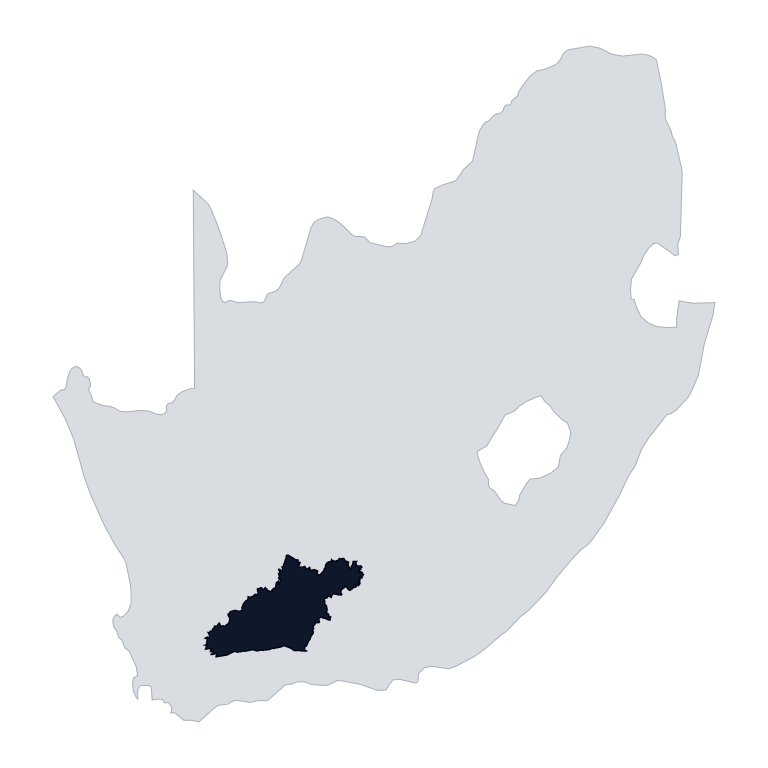 Central Karoo, Western Cape, South Africa shown in context
{"feature_id": "47623444B66747201173997", "entity_name": "Central Karoo", "entity_type": "district", "adm_level": 2, "iso_a3": "ZAF", "parent_name": "South Africa", "parent_adm1": "Western Cape", "projection": "equal_earth", "projection_center": [22.176, -32.556], "detail": "fine", "context": "in_parent", "style": "filled", "palette": "ink", "viewbox_px": 768, "rotation_deg": 0, "n_neighbors": 0, "source": "geoboundaries", "source_scale": "gbopen_adm2", "svg_char_len": 9279}
<svg xmlns="http://www.w3.org/2000/svg" viewBox="0 0 768 768"><path d="M568.1,49.8L590.1,46.1L599.9,48.2L611.6,54.1L622.6,56.1L641.4,54.0L647.8,55.0L652.8,57.0L656.5,60.2L661.3,83.4L665.3,108.4L665.1,116.4L665.6,119.5L670.7,130.0L672.5,136.6L675.5,141.9L681.6,168.4L682.2,173.0L680.4,236.7L677.6,244.4L678.5,254.4L675.3,255.7L657.2,242.9L653.9,243.4L648.6,248.2L643.6,255.6L641.2,262.0L631.5,279.1L630.5,289.9L631.1,299.2L634.2,299.5L636.2,306.2L641.0,316.8L649.3,323.6L657.1,326.7L668.0,327.5L676.7,327.2L676.5,320.1L679.0,300.9L693.4,303.3L714.9,302.6L713.0,315.1L704.4,343.5L698.4,375.3L691.5,391.3L687.7,397.9L676.9,409.5L671.4,413.4L666.8,414.7L648.4,438.3L641.4,449.6L635.1,466.1L629.0,475.1L619.9,494.4L604.2,522.7L591.1,541.3L585.4,546.7L581.6,549.1L571.3,559.9L556.9,577.1L545.8,592.4L529.3,609.7L519.9,617.2L505.7,632.1L501.8,634.3L485.9,648.1L474.5,656.4L456.2,666.1L448.9,668.8L431.8,666.3L424.6,667.7L418.5,673.5L417.8,681.9L415.3,683.1L399.5,679.3L393.0,679.9L389.2,684.4L386.1,690.0L377.0,690.3L361.0,684.5L342.0,680.9L337.7,680.5L328.5,684.9L325.2,685.5L311.9,684.6L304.5,681.8L297.4,681.8L291.9,684.1L285.3,684.9L267.5,700.6L258.3,700.6L250.4,702.4L236.4,700.3L232.2,701.3L228.0,704.1L218.5,705.3L214.8,707.6L198.8,721.9L192.1,720.4L183.8,720.2L174.2,712.6L170.6,713.1L171.5,710.8L171.8,706.8L168.4,702.6L164.6,702.9L162.6,699.4L156.9,699.1L152.2,700.1L151.2,686.9L148.9,685.6L143.2,685.3L140.4,685.7L139.1,687.0L137.7,690.0L137.8,699.3L135.8,696.6L133.4,691.1L132.6,685.1L133.3,678.1L137.6,675.5L136.2,666.6L129.3,651.3L125.1,648.0L121.8,640.1L118.5,637.2L117.1,631.7L113.9,627.3L112.7,620.3L114.4,616.3L117.1,614.1L119.9,617.5L123.4,616.2L128.3,611.1L131.1,603.4L131.1,591.1L130.2,583.4L126.0,563.4L124.1,558.8L114.9,544.5L104.3,525.3L90.7,494.9L84.1,476.6L73.9,439.6L65.1,418.6L54.4,398.9L53.1,397.6L54.6,395.3L60.1,390.7L62.6,389.5L64.0,390.0L65.3,388.8L66.5,385.7L67.3,378.7L69.8,371.4L72.0,368.3L76.9,366.2L80.7,369.0L82.3,371.7L83.1,375.2L84.7,376.9L87.4,376.8L89.3,379.0L90.4,383.5L90.3,386.7L88.8,388.8L89.1,391.4L91.0,394.7L93.2,402.0L103.3,405.7L109.1,406.2L114.5,408.0L119.6,411.2L127.9,412.0L139.5,410.4L149.0,411.1L156.6,414.2L162.0,414.8L165.3,412.8L166.8,410.0L166.3,406.2L167.9,403.8L171.7,402.8L174.7,400.0L177.0,395.3L182.2,391.6L190.5,388.6L194.6,388.7L193.3,190.2L208.2,204.0L211.7,210.4L219.0,229.1L226.6,252.1L227.8,263.2L227.5,265.6L220.0,280.7L219.7,288.1L220.6,296.8L222.4,301.2L224.6,302.6L229.9,300.4L238.0,302.7L253.5,301.7L261.2,302.9L263.2,302.2L264.9,300.3L266.9,295.1L268.8,293.4L275.9,291.1L279.2,288.1L284.3,277.7L299.7,263.9L301.4,260.5L311.1,227.3L314.1,222.5L318.4,219.4L326.9,216.9L331.9,218.2L337.2,221.1L343.3,226.0L352.3,235.0L355.4,236.4L364.4,236.8L370.0,242.7L386.9,246.8L391.8,246.6L397.0,243.3L405.7,243.5L415.1,241.2L420.8,235.3L432.1,198.8L433.4,190.8L434.6,188.6L443.6,184.5L454.5,181.3L456.7,179.6L463.6,169.4L472.6,161.0L479.1,131.6L483.2,124.7L485.8,121.8L487.4,121.7L489.7,119.9L492.7,116.3L496.2,114.1L500.3,113.2L503.0,110.8L504.2,106.9L506.3,105.0L509.3,105.1L511.0,103.8L511.5,101.2L518.3,94.9L518.4,92.3L522.3,86.1L530.0,76.2L537.1,70.7L543.7,69.6L556.0,64.5L560.4,59.8L563.3,53.4L568.1,49.8ZM539.7,478.2L550.4,473.4L558.4,467.0L560.4,455.4L566.6,448.3L569.0,441.7L570.9,432.5L567.5,422.9L562.7,420.1L553.9,411.8L550.1,406.1L544.8,401.4L541.1,395.7L534.9,397.6L525.2,402.1L519.2,406.3L514.1,411.3L505.1,414.9L496.4,430.7L493.6,434.2L486.9,445.8L477.3,451.4L477.1,453.5L480.1,462.9L484.2,472.2L488.7,479.8L488.4,484.5L489.9,488.1L494.0,490.6L500.7,500.1L504.1,503.2L514.6,505.4L516.1,504.8L519.1,499.2L519.6,495.2L526.9,482.9L530.0,479.2L539.7,478.2Z" fill="#d9dde1" stroke="#a8b0b8" stroke-width="1"/><path d="M360.7,565.8L358.7,566.1L358.3,566.2L357.5,566.8L357.4,566.8L356.9,565.2L356.3,564.7L355.8,562.8L355.8,562.3L356.5,561.5L354.4,561.5L353.2,561.5L353.3,562.0L352.7,563.8L352.8,563.8L352.6,565.0L351.4,566.2L351.3,567.6L350.4,568.4L349.8,568.2L348.2,565.6L347.9,565.4L348.2,564.8L347.1,564.5L348.6,562.7L348.4,562.0L347.4,561.9L346.7,561.5L345.9,561.0L345.0,561.0L344.2,558.8L343.4,558.4L342.4,558.5L341.3,558.9L340.4,559.1L339.6,558.5L338.7,559.2L337.9,560.6L336.3,560.8L335.9,561.5L334.8,561.3L331.9,560.2L331.6,559.7L331.0,561.2L331.2,561.9L330.4,562.0L328.8,561.8L327.1,562.8L325.7,565.0L325.6,565.3L325.5,567.3L324.2,569.0L324.0,569.3L324.2,570.4L322.7,571.9L321.9,572.7L321.1,573.8L320.8,574.0L320.6,574.4L319.8,574.9L319.2,574.9L319.0,575.8L318.6,575.5L317.9,574.5L317.4,574.6L317.2,573.8L317.2,572.2L317.8,571.2L316.7,570.5L315.4,570.1L314.2,569.6L313.3,569.8L311.3,570.4L310.2,569.7L309.6,567.4L308.2,568.4L306.3,569.4L305.6,567.9L304.7,566.4L302.4,567.3L301.4,567.6L301.2,567.5L301.2,567.4L301.1,567.2L301.0,567.3L300.9,567.3L300.7,567.2L300.7,567.3L300.6,567.5L299.9,567.6L298.5,566.7L299.2,564.9L299.7,563.3L300.1,562.5L298.0,561.9L298.0,560.0L295.5,559.7L295.2,559.6L292.8,557.9L289.7,556.2L289.4,556.0L288.0,555.1L287.9,555.1L286.4,555.5L285.9,559.2L285.5,559.3L285.0,561.3L284.4,562.9L283.7,564.6L283.8,566.0L282.0,567.0L282.6,567.5L282.2,571.3L280.8,570.9L280.2,569.7L278.8,569.3L278.8,569.5L278.8,569.8L278.9,570.0L279.0,570.0L279.0,570.3L279.1,570.6L279.2,570.8L279.3,570.9L279.3,571.0L279.5,571.1L279.6,571.3L279.6,571.5L279.7,571.8L279.6,573.0L278.5,573.8L279.2,575.6L279.4,577.0L278.6,577.9L279.4,579.4L280.9,580.3L280.4,581.0L279.2,584.6L278.4,581.2L276.3,582.9L275.8,586.1L275.6,587.8L275.5,587.6L274.5,588.3L273.2,588.6L272.7,590.7L272.0,590.2L271.9,590.4L271.8,591.2L270.7,591.5L270.0,591.4L267.6,590.4L267.0,590.1L266.6,589.5L266.7,588.8L265.8,588.8L265.7,588.8L265.3,587.7L264.8,588.2L264.3,588.7L264.0,589.2L263.5,590.0L262.8,589.7L262.5,589.1L261.7,587.9L260.2,587.9L259.7,588.3L259.1,588.6L257.9,588.9L257.4,589.0L257.5,590.1L257.9,592.2L258.4,593.5L258.0,594.1L256.7,594.6L255.9,594.5L255.0,594.3L253.8,595.6L253.2,596.6L252.4,596.3L250.2,597.5L248.2,596.7L248.2,598.1L247.4,600.0L246.9,600.6L245.4,601.2L244.1,603.1L243.7,603.3L243.5,603.6L241.9,607.9L242.5,609.9L240.8,610.8L240.1,611.2L238.7,611.3L237.8,611.0L234.9,610.4L230.2,611.7L229.4,613.3L228.1,614.2L228.2,615.4L228.8,616.4L229.7,618.0L229.8,619.8L228.5,623.8L226.4,624.7L225.9,626.4L222.7,625.8L221.6,626.3L220.3,626.3L220.4,625.4L219.2,623.1L216.8,626.2L214.4,626.2L214.2,627.8L214.0,628.2L212.7,628.9L212.4,630.3L212.3,631.2L211.1,631.1L210.3,631.2L209.1,632.8L208.2,632.6L209.7,635.6L209.6,636.3L209.3,637.6L207.1,637.1L205.2,638.2L205.8,638.4L207.4,639.1L207.0,640.5L206.9,641.6L207.0,642.1L206.5,643.0L207.2,644.5L205.3,645.1L206.7,645.4L206.1,647.3L205.5,649.1L207.1,649.0L208.1,648.8L211.8,648.4L211.7,649.2L211.2,649.8L210.9,649.8L211.0,650.4L210.5,651.5L212.6,651.4L213.4,651.9L213.7,652.0L214.1,652.7L213.8,652.9L212.5,653.2L210.6,654.7L212.9,654.3L216.9,653.5L217.0,655.3L216.0,656.0L216.1,656.8L218.8,656.3L219.4,656.2L221.7,655.9L223.1,655.6L225.7,655.2L227.2,654.9L233.5,651.7L235.5,651.3L236.9,652.2L238.5,651.9L241.0,651.7L242.0,651.3L243.0,650.9L244.6,651.3L246.4,650.9L246.8,650.9L248.4,650.5L250.9,650.0L253.5,649.8L255.7,650.6L256.3,650.7L257.0,650.9L258.2,650.7L259.3,650.4L260.5,650.0L263.2,650.4L264.3,649.9L265.8,650.0L267.6,649.6L268.9,649.7L270.1,649.2L271.9,648.3L274.3,648.4L275.9,647.8L277.7,647.6L280.0,647.1L281.4,646.8L282.8,646.1L284.1,645.7L287.0,646.7L291.0,648.3L293.9,650.4L295.9,650.6L298.5,650.4L301.7,650.9L303.7,650.9L306.0,651.2L306.4,650.9L304.5,649.9L304.6,649.0L304.7,646.2L306.0,646.3L306.0,645.4L306.7,645.3L308.1,642.0L308.4,641.3L308.5,641.2L308.6,640.8L309.1,640.3L309.6,639.7L310.1,639.0L310.7,636.7L311.9,635.0L313.2,633.1L313.3,631.6L312.4,630.4L312.4,630.0L313.7,628.9L312.9,626.7L315.1,624.0L315.3,622.6L318.8,622.7L319.5,621.9L318.5,618.8L320.9,617.1L322.4,617.1L322.9,618.1L324.8,618.2L327.0,619.3L329.9,620.2L330.6,616.9L328.8,617.0L328.8,616.5L328.9,615.4L328.9,615.2L328.2,614.0L328.1,613.8L325.6,612.1L326.4,611.5L326.9,611.1L327.1,609.0L326.7,607.3L326.4,605.8L324.6,603.9L324.8,602.0L324.8,601.3L323.8,599.2L325.8,598.0L326.4,598.1L327.1,597.7L327.3,597.4L327.5,597.0L328.2,595.4L328.8,596.1L329.0,596.1L329.5,596.4L330.4,596.9L331.2,597.4L331.5,596.4L331.8,595.6L332.7,593.9L334.9,594.1L335.7,594.2L336.9,594.5L338.4,594.8L341.3,595.0L341.8,594.2L340.9,592.9L340.6,592.6L341.1,590.8L341.3,590.1L341.5,589.4L342.4,589.2L343.0,588.4L343.7,587.9L344.5,587.5L345.3,586.3L346.5,587.1L348.1,589.1L348.6,589.7L349.0,590.0L349.8,590.2L350.0,590.2L350.2,590.3L351.2,589.4L351.4,589.2L351.9,589.1L352.3,588.7L352.6,588.3L353.0,587.8L353.9,587.4L355.7,587.1L356.2,586.5L356.1,586.1L356.0,585.2L356.2,585.3L357.2,585.4L358.0,585.5L358.5,585.6L359.0,584.9L358.5,584.8L359.1,584.0L359.7,583.9L359.9,583.4L359.9,582.1L358.9,581.4L358.4,582.8L358.4,581.8L358.4,581.4L358.6,580.6L358.9,580.6L359.0,580.6L359.0,580.2L359.4,579.9L359.9,580.1L360.1,579.6L359.6,579.1L359.9,578.4L360.1,577.6L361.4,578.0L361.5,577.6L362.0,577.6L362.0,577.4L362.2,577.2L361.8,576.8L361.8,576.7L363.4,574.6L362.9,574.2L362.7,573.9L362.0,573.5L362.1,573.1L362.4,572.9L362.2,572.7L361.1,571.8L360.8,571.7L360.4,571.5L360.4,571.8L360.1,572.0L359.3,572.0L358.8,572.1L358.7,571.0L358.9,571.0L359.5,568.9L360.4,569.2L360.7,569.3L360.7,567.6L360.9,567.7L361.7,567.5L361.8,567.3L361.9,567.1L360.7,566.4L360.7,566.2L360.7,565.8Z" fill="#0f172a" stroke="#020617" stroke-width="1.5"/></svg>